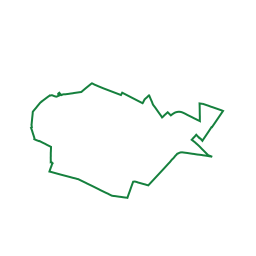 outline of Barcanesti, Prahova, Romania, rotated 148°
{"feature_id": "2599482B47702266921229", "entity_name": "Barcanesti", "entity_type": "district", "adm_level": 2, "iso_a3": "ROU", "parent_name": "Romania", "parent_adm1": "Prahova", "projection": "orthographic", "projection_center": [26.058, 44.879], "detail": "fine", "context": "isolated", "style": "outline", "palette": "green", "viewbox_px": 256, "rotation_deg": 148, "n_neighbors": 0, "source": "geoboundaries", "source_scale": "gbopen_adm2", "svg_char_len": 5142}
<svg xmlns="http://www.w3.org/2000/svg" viewBox="0 0 256 256"><g transform="rotate(148 128 128)"><path d="M213.4,168.2L212.9,167.4L212.3,166.5L211.8,165.8L211.0,164.8L210.6,164.2L210.2,163.8L209.9,163.8L209.8,163.6L208.7,161.7L207.6,159.9L206.8,158.7L205.7,156.7L204.1,154.1L203.3,152.8L203.8,152.0L204.2,151.4L205.3,149.8L206.1,148.6L206.3,148.4L206.6,147.9L207.0,147.3L207.2,147.0L207.5,146.5L207.9,145.9L208.2,145.3L208.7,144.6L208.9,144.4L209.0,144.2L209.3,143.7L210.1,142.4L210.5,141.7L211.4,140.3L211.6,140.0L211.1,139.9L211.0,139.7L210.9,139.3L210.9,138.9L210.8,138.6L210.7,138.3L210.8,138.3L210.9,138.2L211.0,138.1L211.2,137.9L211.3,137.9L211.4,137.7L211.5,137.7L212.0,137.2L212.3,137.0L212.6,136.8L212.8,136.6L213.0,136.4L213.2,136.2L213.3,136.2L214.6,135.2L216.0,134.1L217.1,133.2L217.7,132.7L216.7,131.7L210.0,124.4L203.4,117.4L201.2,115.0L200.0,113.8L199.2,113.0L198.0,111.6L197.3,111.0L196.6,109.8L193.9,105.5L192.7,103.6L192.2,102.7L191.3,101.3L191.0,100.8L190.1,99.4L188.9,97.5L188.6,97.0L188.1,96.2L186.4,93.4L185.1,91.3L184.5,90.2L181.1,84.8L179.8,82.9L179.2,81.8L177.6,79.2L176.5,78.2L174.8,76.9L173.3,75.6L172.0,74.5L170.5,73.3L168.9,71.9L167.2,70.5L166.0,69.6L165.5,69.1L164.4,70.0L161.4,72.4L160.2,73.3L157.1,75.8L153.8,78.4L152.1,79.7L151.2,79.3L150.6,79.0L150.3,78.7L149.7,78.1L148.9,77.2L148.5,76.6L147.1,75.1L145.2,73.0L143.9,71.6L143.3,71.0L142.5,70.0L142.0,69.5L141.6,69.1L141.2,68.6L118.9,74.6L113.2,76.2L112.8,76.3L112.5,76.4L112.1,76.5L111.2,76.7L110.5,76.9L109.9,77.1L109.0,77.4L108.8,77.5L108.5,77.6L108.0,77.8L107.5,77.9L107.2,78.0L106.7,78.1L106.0,78.2L105.6,78.3L105.2,78.4L104.7,78.6L104.3,78.7L103.8,78.9L103.7,78.9L103.5,79.0L102.7,79.3L101.8,79.5L101.0,79.7L100.8,79.7L100.5,79.9L100.1,80.0L99.6,80.1L99.0,79.8L98.0,79.8L96.5,79.5L95.0,78.7L92.7,76.8L91.2,75.6L88.8,73.5L86.8,71.8L86.0,71.2L84.9,70.2L83.3,68.8L82.0,67.8L81.1,67.1L79.5,65.8L79.2,65.4L77.6,64.1L76.5,63.2L74.9,61.8L74.1,61.0L73.1,60.2L72.9,60.0L72.1,59.2L71.9,59.0L72.0,59.2L72.7,60.2L73.0,60.6L73.3,60.9L73.6,61.4L73.9,61.7L74.1,61.9L74.2,62.1L74.3,62.2L74.4,62.4L74.5,62.8L74.6,63.2L75.9,68.9L76.1,69.8L76.3,70.5L76.9,73.4L77.2,74.8L77.5,75.9L77.8,77.0L77.9,77.4L78.1,77.9L78.2,78.5L78.4,78.8L78.6,79.8L79.0,81.0L80.2,84.2L79.7,84.3L79.1,84.5L78.8,84.7L78.1,84.8L77.7,85.0L77.3,85.1L77.2,85.1L76.8,85.1L76.4,85.3L76.2,85.3L75.8,85.4L75.5,85.5L75.0,85.7L74.7,85.8L74.4,85.9L74.0,86.0L73.7,86.1L72.9,82.0L72.7,82.1L71.9,79.6L72.0,79.3L71.9,78.9L71.7,77.7L70.7,78.2L67.3,79.7L60.8,82.6L56.7,84.5L56.4,84.2L51.8,86.2L38.4,92.1L39.3,93.4L40.9,95.4L43.4,98.5L45.4,101.0L46.3,102.0L48.1,104.4L49.1,105.6L50.4,107.2L51.9,109.0L52.2,109.4L52.1,109.5L52.4,109.3L54.3,110.9L55.4,109.0L57.8,105.0L59.8,101.7L61.1,99.5L63.3,96.0L63.4,95.8L65.2,98.6L65.7,99.5L66.8,101.2L68.2,103.6L69.4,105.5L70.7,107.6L71.3,108.7L72.3,110.4L73.1,111.6L73.5,112.2L73.8,112.6L74.3,113.2L74.7,113.6L75.0,113.9L75.7,114.4L76.0,114.7L76.4,114.9L76.8,115.1L77.2,115.3L77.7,115.5L78.2,115.7L78.9,115.9L79.5,116.1L79.9,116.1L80.2,116.2L80.4,116.2L81.1,116.2L81.7,116.2L82.1,116.2L82.6,116.2L83.2,116.2L84.4,116.0L85.0,116.0L85.8,119.5L86.0,120.3L88.9,119.8L90.6,119.5L92.0,119.1L93.5,118.9L93.5,119.4L93.5,120.2L93.5,120.9L93.6,122.1L93.8,125.2L94.1,131.1L94.3,133.0L94.4,134.2L94.4,134.6L94.4,134.8L94.3,135.0L94.3,135.3L94.2,135.9L94.1,136.3L94.0,136.7L93.9,137.1L93.4,140.7L93.1,142.5L93.0,143.2L92.8,144.3L92.8,144.5L93.0,144.6L93.6,144.4L93.9,144.4L96.0,143.9L96.8,143.8L97.5,143.7L98.1,143.6L98.4,143.5L98.7,143.4L98.9,143.4L99.1,143.2L99.3,143.1L100.4,142.5L101.0,142.1L102.0,141.5L102.5,141.3L105.3,146.0L114.2,161.0L116.5,159.7L127.8,174.6L131.1,179.2L132.4,181.1L133.4,182.5L134.2,183.9L134.7,184.7L134.9,185.0L135.6,185.0L143.0,184.1L145.1,183.8L147.2,183.5L148.2,183.3L148.6,183.3L150.3,184.1L151.9,184.8L153.7,185.6L154.4,185.9L155.0,186.2L156.4,186.7L159.0,187.9L159.8,188.2L160.9,188.7L162.2,189.3L162.4,189.4L163.1,189.7L163.5,189.9L164.1,190.3L164.4,190.5L165.0,190.8L165.6,191.0L166.0,191.1L166.8,191.1L167.0,191.6L167.3,191.6L167.6,193.9L167.6,194.3L167.8,194.3L168.1,194.2L168.6,194.1L168.8,194.1L169.0,194.0L169.2,193.9L169.2,193.2L169.1,192.8L169.0,192.3L169.0,192.1L168.9,192.0L169.3,192.0L169.6,192.1L170.3,192.2L170.9,192.3L171.2,192.3L171.7,192.4L172.1,192.5L172.3,192.6L172.8,193.2L173.3,193.7L173.4,193.8L174.5,195.3L175.1,196.1L175.4,196.2L176.0,196.5L176.5,196.6L177.3,196.9L177.3,197.0L178.8,196.9L179.5,196.9L180.1,196.8L180.6,196.8L181.7,196.7L182.8,196.6L184.0,196.5L185.3,196.4L185.9,196.3L186.5,196.3L186.8,196.2L187.0,196.3L187.4,196.3L187.6,196.1L188.4,196.0L188.8,196.0L189.2,195.9L190.4,195.5L193.7,194.4L195.0,193.9L196.0,193.6L198.8,192.7L200.1,192.2L200.4,191.9L201.3,190.6L203.5,187.8L204.2,186.9L206.2,184.3L207.8,182.2L208.2,181.8L208.2,181.6L208.4,181.2L208.6,180.8L208.9,180.3L209.1,179.8L209.1,179.6L209.3,179.5L209.5,179.4L209.9,179.5L210.1,179.5L210.1,179.4L210.2,179.1L210.4,178.3L210.6,177.3L211.0,175.7L211.3,174.7L211.5,173.8L211.7,173.2L211.9,172.2L212.1,171.4L212.3,170.8L212.4,170.1L212.5,169.8L212.7,169.4L212.7,169.2L212.9,168.7L213.0,168.6L213.4,168.2Z" fill="none" stroke="#15803d" stroke-width="2"/></g></svg>